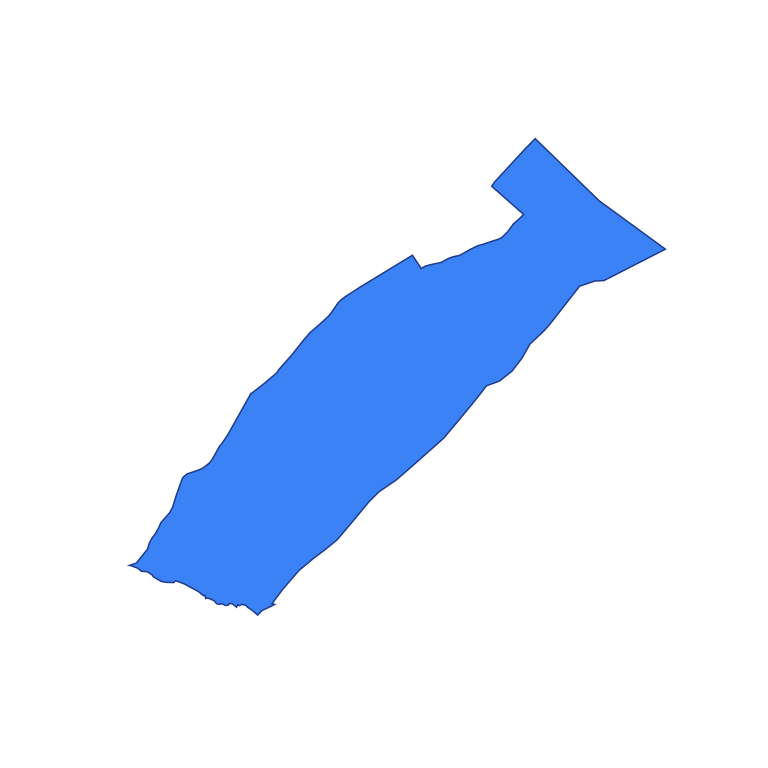 outline of Aana Alofi II, A'ana, Samoa, rotated 240°
{"feature_id": "51752279B99154731700869", "entity_name": "Aana Alofi II", "entity_type": "district", "adm_level": 2, "iso_a3": "WSM", "parent_name": "Samoa", "parent_adm1": "A'ana", "projection": "mercator", "projection_center": [-171.95, -13.853], "detail": "fine", "context": "isolated", "style": "filled", "palette": "blue", "viewbox_px": 768, "rotation_deg": 240, "n_neighbors": 0, "source": "geoboundaries", "source_scale": "gbopen_adm2", "svg_char_len": 1600}
<svg xmlns="http://www.w3.org/2000/svg" viewBox="0 0 768 768"><g transform="rotate(240 384 384)"><path d="M520.9,637.6L517.1,623.9L503.7,580.9L501.4,576.1L461.1,589.7L459.4,583.7L458.0,576.2L454.1,567.4L451.9,559.3L452.2,555.2L453.6,549.4L455.3,540.5L456.9,533.8L457.4,527.2L457.6,513.7L459.6,507.7L460.5,502.7L460.7,494.3L464.4,482.9L465.5,478.3L465.4,474.0L481.3,473.0L479.9,412.0L479.0,394.5L478.4,389.1L477.3,384.9L472.4,374.7L470.2,368.9L467.4,355.9L465.5,345.5L461.6,334.6L455.5,319.3L449.1,300.2L447.3,296.7L444.2,279.6L442.1,264.3L442.4,264.1L418.1,223.2L413.4,213.6L412.2,210.2L404.7,197.7L402.9,193.3L401.7,185.2L402.3,180.0L404.6,168.5L403.8,163.8L402.8,161.8L391.6,148.6L383.0,139.3L379.8,134.2L375.4,121.3L372.2,117.1L368.4,110.7L366.8,106.5L363.6,101.2L359.3,96.7L352.8,80.1L354.1,72.9L352.9,74.3L347.5,78.7L343.0,80.3L339.9,85.0L334.2,87.9L332.4,87.8L324.5,92.3L321.0,96.4L317.1,102.7L317.8,105.2L310.7,111.1L297.0,119.5L291.1,121.7L290.5,123.3L287.4,122.3L286.7,124.5L281.4,128.5L277.4,129.2L275.5,131.1L274.8,133.7L271.2,136.2L270.4,139.0L271.4,139.9L269.5,142.8L264.4,144.7L266.0,146.9L264.3,148.0L264.4,150.5L261.2,153.8L259.2,154.1L253.3,156.9L247.1,159.0L248.8,165.4L247.9,175.3L247.8,179.1L249.7,177.1L256.7,193.3L265.0,217.1L268.1,234.7L269.9,249.3L272.4,265.2L281.7,291.1L289.7,312.5L293.2,326.0L294.8,346.9L298.3,364.9L307.2,408.4L315.8,432.2L324.8,456.2L331.2,471.9L328.8,485.5L331.2,501.5L337.3,516.2L345.6,530.4L349.9,548.6L352.5,556.7L370.9,602.3L367.8,618.1L363.6,626.1L360.1,695.1L434.9,662.0L520.9,637.6Z" fill="#3b82f6" stroke="#1e3a8a" stroke-width="1.5"/></g></svg>